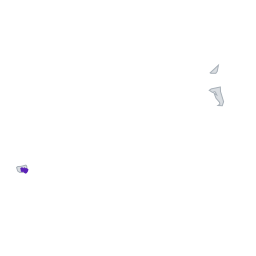 Hihifo, Vava'u, Tonga shown in context, rotated 225°
{"feature_id": "48082658B37822051650309", "entity_name": "Hihifo", "entity_type": "district", "adm_level": 2, "iso_a3": "TON", "parent_name": "Tonga", "parent_adm1": "Vava'u", "projection": "mercator", "projection_center": [-174.028, -18.638], "detail": "fine", "context": "in_parent", "style": "filled", "palette": "violet", "viewbox_px": 256, "rotation_deg": 225, "n_neighbors": 0, "source": "geoboundaries", "source_scale": "gbopen_adm2", "svg_char_len": 2244}
<svg xmlns="http://www.w3.org/2000/svg" viewBox="0 0 256 256"><g transform="rotate(225 128 128)"><path d="M91.3,215.1L92.3,215.1L93.4,212.9L97.2,212.1L96.8,214.5L91.7,222.3L88.4,219.2L79.0,214.2L77.1,210.4L80.3,207.5L79.9,209.8L81.5,210.9L86.8,211.3L91.6,213.4L88.6,214.1L91.3,215.1ZM176.6,25.1L174.0,29.5L172.7,29.4L169.6,26.9L168.5,25.1L173.2,20.0L175.6,19.6L178.9,21.3L178.7,22.8L176.6,25.1ZM108.9,225.1L108.5,236.4L105.0,231.2L104.6,228.8L108.1,225.3L108.9,225.1Z" fill="#d9dde1" stroke="#a8b0b8" stroke-width="1"/><path d="M172.8,22.3L172.7,22.4L172.7,22.5L172.4,22.6L172.3,22.8L172.2,22.8L172.2,23.0L172.0,23.3L171.9,23.4L171.9,23.5L171.7,23.6L171.5,23.8L171.4,23.9L171.4,24.0L171.2,24.1L170.9,24.0L170.7,23.9L170.7,23.7L170.4,23.7L170.2,23.8L170.0,23.7L169.9,23.7L169.7,23.7L169.4,23.7L169.2,23.8L168.9,23.8L168.8,24.0L168.7,24.1L168.7,24.3L168.5,24.5L168.6,24.9L168.5,25.0L168.6,24.9L168.6,25.0L168.8,25.1L168.8,25.3L168.8,25.5L168.7,25.6L168.7,25.8L168.8,25.8L169.1,25.9L169.3,25.9L169.3,26.0L169.4,26.3L169.3,26.5L169.2,26.7L169.2,26.8L169.3,26.9L169.3,27.0L169.3,27.3L169.4,27.5L169.5,27.5L169.8,27.4L170.5,27.4L170.8,27.4L170.9,27.2L171.0,27.1L171.2,26.9L171.3,26.8L171.3,26.7L171.5,26.6L171.7,26.4L171.8,26.4L172.1,26.4L171.9,26.2L171.9,25.9L172.0,25.8L172.1,25.7L172.0,25.8L171.9,25.9L171.8,26.0L171.6,26.2L171.5,26.3L171.4,26.2L171.5,26.0L171.5,25.9L171.4,25.8L171.4,25.7L171.5,25.6L171.6,25.4L171.4,25.2L171.5,25.1L171.6,24.9L171.8,24.9L172.0,24.9L172.3,24.7L172.5,24.7L172.6,24.8L172.8,24.9L172.9,25.0L173.0,25.2L173.3,24.9L173.5,24.7L173.8,24.7L173.7,24.7L173.7,24.8L173.6,25.0L173.9,25.1L174.0,25.0L174.2,24.9L174.3,24.7L174.5,24.6L174.6,24.4L174.8,24.4L174.9,24.2L174.9,23.9L174.9,23.7L174.7,23.5L174.4,23.4L174.1,23.3L173.9,23.3L173.7,23.3L173.4,23.5L173.1,23.8L173.0,23.7L172.9,23.6L173.0,23.4L173.2,23.2L173.3,23.1L173.5,22.9L173.3,22.7L172.9,22.4L172.8,22.3ZM169.8,25.8L169.7,25.7L169.6,25.4L169.6,25.2L169.8,25.1L170.0,25.0L170.3,25.0L170.5,25.0L170.8,25.2L170.8,25.4L170.8,25.5L170.6,25.7L170.6,25.8L170.6,26.0L170.8,26.2L171.0,26.3L171.3,26.4L171.3,26.6L171.2,26.6L170.9,26.6L170.8,26.4L170.6,26.3L170.4,26.3L170.2,26.3L170.2,26.2L169.9,25.9L169.8,25.8Z" fill="#8b5cf6" stroke="#5b21b6" stroke-width="1.5"/></g></svg>